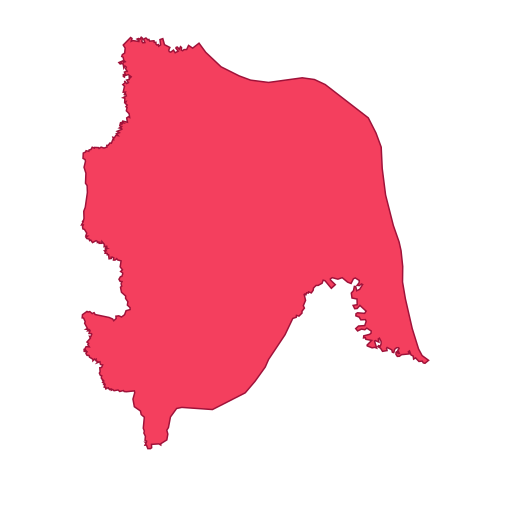 Rattanawapi, Nong Khai, Thailand, rotated 97°
{"feature_id": "78962969B97368388626717", "entity_name": "Rattanawapi", "entity_type": "district", "adm_level": 2, "iso_a3": "THA", "parent_name": "Thailand", "parent_adm1": "Nong Khai", "projection": "mercator", "projection_center": [103.26, 18.207], "detail": "fine", "context": "isolated", "style": "filled", "palette": "rose", "viewbox_px": 512, "rotation_deg": 97, "n_neighbors": 0, "source": "geoboundaries", "source_scale": "gbopen_adm2", "svg_char_len": 6060}
<svg xmlns="http://www.w3.org/2000/svg" viewBox="0 0 512 512"><g transform="rotate(97 256 256)"><path d="M331.6,417.0L335.4,421.1L338.6,421.0L338.6,419.6L342.0,417.5L343.6,417.9L348.4,414.5L349.4,415.8L349.4,412.8L350.8,413.9L350.6,411.7L353.2,412.3L353.1,409.8L353.9,409.5L356.1,410.1L356.0,411.4L357.8,410.4L362.0,413.3L363.1,411.5L364.5,412.1L366.5,410.4L366.7,413.6L369.1,414.6L370.7,413.2L370.0,415.2L371.6,414.9L371.6,412.2L373.5,412.9L375.2,411.6L375.1,409.6L376.7,408.9L378.4,405.3L379.8,405.1L378.0,403.6L378.7,402.9L378.0,402.1L379.6,401.9L380.2,400.1L381.4,400.8L380.0,398.0L382.6,397.2L382.8,394.9L385.5,395.7L385.9,397.4L390.0,396.6L391.3,397.2L393.5,395.9L393.6,394.6L396.0,394.7L398.1,392.4L398.1,393.1L399.8,392.0L400.2,392.6L401.1,390.8L402.1,391.4L402.2,390.2L404.6,390.7L404.7,389.2L406.9,388.9L405.6,388.7L404.9,386.5L405.7,386.3L405.8,384.6L406.7,385.4L405.8,383.4L406.8,383.2L406.0,382.0L407.0,380.5L405.8,376.6L407.1,374.7L405.7,371.3L406.6,370.3L406.5,368.0L404.7,360.3L406.4,359.7L413.0,360.7L420.4,358.4L423.9,351.8L427.4,350.6L429.6,347.2L440.7,346.9L443.3,345.5L445.4,345.7L448.4,343.8L452.4,343.7L453.1,342.0L454.5,342.1L454.5,343.2L455.2,342.4L457.3,343.1L457.0,341.7L460.4,339.9L460.1,337.3L459.0,336.2L455.7,336.8L454.3,329.5L455.2,327.5L453.9,327.6L449.4,322.1L443.5,321.8L439.8,323.3L437.0,322.0L426.2,321.3L417.0,316.2L415.3,311.2L413.7,280.5L393.1,250.0L380.5,241.7L365.1,233.3L357.1,230.9L330.6,217.6L313.5,211.9L311.9,208.6L310.0,208.6L310.4,206.0L307.1,203.4L305.2,203.6L301.8,201.6L299.6,203.0L294.0,201.4L288.3,203.5L287.7,202.8L288.4,201.8L286.3,201.2L286.4,199.6L285.2,199.5L285.9,196.6L283.1,195.1L280.7,195.0L277.9,192.8L277.6,190.7L275.0,187.1L271.8,186.4L272.1,184.5L278.9,177.3L274.8,173.8L270.7,179.2L269.6,179.4L268.2,177.7L269.0,171.9L267.0,167.8L270.8,161.9L271.7,158.3L266.7,156.5L265.7,154.8L267.7,150.5L270.0,150.4L272.8,152.1L272.8,149.8L270.9,148.0L271.3,146.7L276.4,149.0L278.2,151.8L274.2,153.3L274.2,154.7L278.4,155.0L281.2,156.9L286.0,155.6L286.4,150.5L292.0,149.6L293.2,153.6L296.3,151.6L295.8,149.2L292.4,146.8L297.3,140.0L299.7,141.2L300.0,148.3L301.1,149.7L303.2,149.6L304.1,146.1L306.6,144.2L305.8,139.6L307.5,138.7L311.8,139.6L313.0,145.7L315.9,148.2L318.0,146.0L315.7,142.4L315.9,139.0L314.1,137.2L316.4,132.5L318.5,132.4L319.9,133.7L322.1,139.3L324.2,139.3L323.7,137.5L325.3,136.8L325.7,130.9L330.9,134.9L331.7,134.6L333.0,129.6L332.2,127.0L332.7,125.0L326.0,128.0L325.4,127.2L326.5,123.5L323.4,124.5L322.5,123.5L325.6,121.4L328.1,121.1L330.3,121.7L330.0,123.4L331.0,124.0L332.3,121.2L335.2,118.8L333.9,114.4L331.7,115.2L330.8,114.7L332.6,109.8L334.9,108.9L335.1,107.5L331.7,107.0L329.9,105.3L329.6,103.3L330.5,102.7L332.3,103.8L335.2,101.9L335.5,102.8L333.8,104.6L334.5,105.3L336.6,105.1L338.4,103.5L338.1,101.5L336.2,99.5L334.5,92.0L332.4,93.1L331.5,92.1L335.3,90.1L336.2,87.8L339.1,87.0L337.7,85.2L340.8,81.4L340.1,78.2L341.7,76.9L341.9,75.2L338.5,72.0L334.6,79.0L328.5,83.3L309.0,92.1L280.3,102.5L263.9,107.4L248.5,109.1L233.0,112.7L224.6,115.7L209.0,123.4L179.7,134.8L153.7,141.4L132.7,145.0L119.3,151.9L105.2,161.4L77.4,208.2L73.7,219.5L73.5,231.8L82.2,264.7L82.1,282.8L79.3,294.6L72.5,313.7L60.0,330.7L51.7,338.5L57.4,344.2L55.2,348.6L59.5,350.0L59.9,352.6L61.2,353.8L60.8,355.2L58.2,355.3L57.4,356.4L60.1,357.4L58.2,359.5L58.5,360.5L59.4,360.9L62.2,358.2L64.1,361.0L61.7,363.0L64.1,365.5L63.7,367.0L62.3,367.7L59.5,366.9L57.4,372.6L51.6,375.0L52.9,377.7L58.1,376.4L59.6,378.1L58.1,378.7L58.7,379.9L57.7,381.2L56.1,381.4L56.4,383.0L54.8,383.5L55.7,387.8L54.1,388.7L54.6,389.7L53.0,391.8L54.4,394.0L57.7,392.3L58.2,394.3L56.9,395.5L53.6,395.3L52.8,396.6L54.9,397.5L54.4,399.1L55.2,400.5L56.4,398.4L57.4,398.4L57.2,404.5L58.1,406.0L55.2,405.6L54.4,407.1L62.8,413.5L65.6,411.2L70.6,411.1L72.4,413.2L74.3,413.6L74.9,412.1L77.9,411.1L79.1,409.5L79.8,411.0L78.5,411.9L80.7,415.7L82.0,414.2L80.5,412.5L81.5,413.0L81.5,411.3L85.5,410.1L83.4,409.2L84.4,407.7L86.0,408.3L88.8,405.8L88.3,407.0L89.5,409.0L91.7,407.8L92.1,409.8L94.0,409.5L94.4,408.4L93.1,408.5L91.5,404.9L93.3,401.7L94.3,402.4L92.8,403.8L96.2,403.3L97.1,405.8L99.5,403.8L100.6,405.4L98.2,407.9L99.9,407.0L102.1,409.1L103.5,407.2L109.6,407.8L109.2,405.5L112.5,406.6L110.9,405.3L112.9,404.2L115.1,407.3L115.4,405.4L119.3,405.1L118.6,403.8L120.5,404.4L121.9,402.2L123.7,403.3L124.3,402.1L127.7,402.4L130.2,399.3L133.9,398.3L133.4,399.7L134.7,401.2L138.9,399.9L138.3,404.7L139.3,405.1L140.0,403.9L140.0,404.7L141.7,405.2L141.2,406.0L140.1,405.4L140.2,406.7L143.3,407.1L144.0,405.2L145.6,407.2L145.8,404.9L146.6,404.6L149.2,409.1L150.3,406.7L151.6,409.4L153.3,407.6L153.2,409.7L155.9,411.0L155.6,412.5L157.9,411.5L157.9,412.3L161.7,413.3L161.6,414.7L164.1,416.2L164.4,417.6L166.0,417.2L167.4,420.0L166.8,423.0L168.4,424.9L167.6,425.6L167.9,429.5L168.6,429.6L168.0,431.8L170.4,432.8L171.1,434.6L172.5,434.7L172.2,437.5L173.5,437.8L174.9,440.0L180.2,439.6L181.1,437.4L182.9,436.8L188.9,437.5L194.6,434.9L204.6,434.1L206.7,432.2L213.5,431.1L228.5,431.4L232.6,432.4L239.6,431.3L242.6,431.7L242.6,432.9L243.2,431.7L246.5,433.0L246.2,431.3L248.0,431.8L250.2,431.1L250.5,429.5L253.9,426.8L256.9,427.4L256.8,425.6L258.2,427.0L259.3,426.0L259.5,423.8L261.0,423.0L260.3,422.0L262.6,419.9L260.3,416.6L261.1,414.8L261.9,415.0L261.4,412.9L262.5,413.1L262.2,410.6L260.4,410.7L263.0,407.9L265.3,407.9L264.5,405.4L265.9,405.0L266.6,406.8L266.8,404.7L267.6,406.4L269.0,405.3L269.3,407.0L270.4,405.9L271.6,406.2L271.6,403.9L272.9,403.8L272.7,402.5L276.7,401.5L276.1,399.3L274.9,399.7L274.6,398.5L275.1,397.0L277.4,397.0L277.2,395.4L275.6,393.9L276.7,393.0L277.3,389.3L283.3,389.5L286.0,386.9L287.9,388.5L288.9,386.4L290.0,386.1L292.6,386.7L293.0,388.0L295.8,389.2L297.7,387.8L297.7,385.9L299.9,386.5L302.3,385.6L303.5,386.7L308.4,385.1L311.6,380.5L314.0,380.3L317.0,377.6L320.4,377.7L322.6,374.7L324.5,374.4L326.1,378.3L330.3,379.3L332.9,382.0L332.1,384.9L332.8,387.7L335.1,387.2L337.6,389.3L336.0,390.6L334.9,394.3L333.7,408.5L332.0,409.8L333.1,411.6L331.4,414.2L332.1,415.9L331.6,417.0Z" fill="#f43f5e" stroke="#9f1239" stroke-width="1.5"/></g></svg>